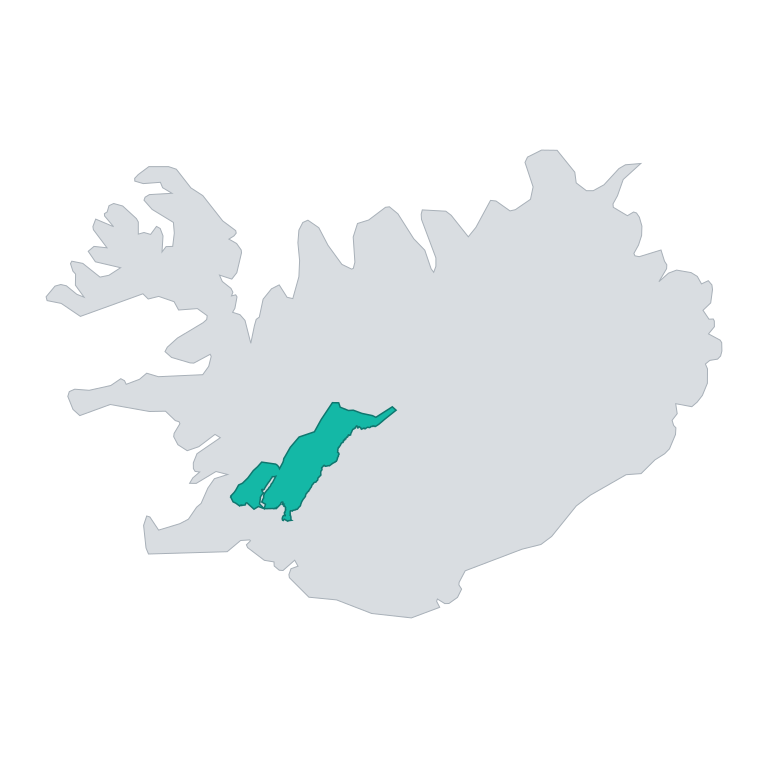 location of Bláskógabyggð, Suðurland, Iceland
{"feature_id": "244011B85102906551816", "entity_name": "Bláskógabyggð", "entity_type": "district", "adm_level": 2, "iso_a3": "ISL", "parent_name": "Iceland", "parent_adm1": "Suðurland", "projection": "albers", "projection_center": [-20.271, 64.468], "detail": "fine", "context": "in_parent", "style": "filled", "palette": "teal", "viewbox_px": 768, "rotation_deg": 0, "n_neighbors": 0, "source": "geoboundaries", "source_scale": "gbopen_adm2", "svg_char_len": 9480}
<svg xmlns="http://www.w3.org/2000/svg" viewBox="0 0 768 768"><path d="M586.4,190.7L593.2,190.7L604.0,184.8L618.9,168.6L625.4,164.8L640.8,163.5L623.2,179.5L617.5,195.7L613.0,203.9L613.3,207.3L627.4,215.7L633.6,212.0L636.5,213.0L639.4,217.3L641.9,226.1L641.6,235.5L638.5,245.1L633.9,253.4L634.9,255.8L639.2,256.7L661.0,250.0L664.5,261.2L666.8,264.8L666.6,268.7L658.9,281.7L668.6,273.1L676.6,270.1L691.1,272.6L697.3,276.4L701.5,283.9L708.3,280.7L711.9,284.9L712.5,289.6L710.7,302.9L703.0,310.3L709.0,319.2L713.3,319.0L714.3,321.0L714.4,326.7L708.5,333.9L720.1,340.1L721.7,342.6L721.9,351.0L720.6,356.0L717.6,359.1L709.8,360.4L705.4,364.0L707.5,368.9L707.4,383.2L702.4,395.4L697.1,402.2L691.8,406.7L675.7,403.7L677.2,413.7L672.1,420.3L673.6,425.4L675.9,427.8L675.5,434.5L669.5,448.8L664.7,453.7L654.9,459.9L641.1,473.6L626.1,474.7L590.3,495.2L576.3,505.9L551.7,536.4L540.9,544.5L522.0,549.2L465.2,570.8L459.1,582.4L458.9,584.9L461.6,589.1L457.5,597.4L448.9,603.5L444.8,603.6L437.4,599.0L436.6,601.3L439.7,607.3L411.4,617.9L371.7,613.5L336.6,599.9L308.9,597.2L289.4,577.7L288.9,574.6L291.0,568.7L298.0,566.2L294.7,560.2L283.0,570.5L279.2,570.2L274.2,566.0L274.0,561.9L264.3,560.3L247.6,547.6L246.4,544.8L250.5,540.8L249.7,539.9L240.6,540.5L227.2,551.7L148.5,554.0L146.0,547.9L143.6,525.4L146.7,516.0L149.9,517.0L158.6,530.1L179.8,523.7L188.4,519.2L196.6,507.2L201.1,503.4L207.9,488.0L214.4,478.7L227.7,474.5L216.0,471.5L196.2,483.4L189.6,483.3L192.8,477.9L199.7,472.0L195.1,471.4L193.4,468.6L193.3,462.9L197.0,453.7L220.3,437.7L215.0,434.4L198.8,446.7L187.2,450.7L177.9,444.7L173.7,436.7L174.1,433.4L179.9,423.7L179.0,421.7L175.3,420.6L165.5,411.2L149.5,411.5L110.2,404.5L79.8,415.6L73.0,409.4L67.8,396.4L69.3,391.6L74.7,389.2L89.2,390.3L110.8,385.5L120.8,378.7L124.5,380.7L126.2,384.3L139.5,379.3L146.7,373.2L158.4,376.7L202.7,374.7L208.7,366.4L211.2,356.4L210.2,354.3L193.8,363.1L190.1,362.9L171.5,357.4L165.0,351.6L167.3,347.2L177.5,338.0L203.1,322.7L206.7,319.5L207.2,315.7L197.4,308.6L178.6,310.0L174.1,301.7L158.7,296.4L148.2,299.0L142.9,293.8L80.4,316.4L61.2,303.4L47.1,300.6L46.1,296.8L55.0,286.1L60.8,284.5L66.4,285.8L76.8,294.3L84.1,297.2L75.4,285.2L75.6,274.1L72.9,271.1L70.5,263.6L71.8,261.2L82.8,263.4L100.0,277.1L108.9,275.3L120.6,267.7L95.4,261.8L88.2,251.3L94.0,246.4L107.0,247.8L93.4,229.7L92.9,226.6L95.7,219.1L113.6,226.7L104.6,216.0L104.4,213.7L107.2,211.9L109.0,205.7L113.7,203.5L122.7,206.0L136.4,218.6L138.3,222.0L138.3,234.1L144.0,232.5L150.6,234.4L156.5,226.4L160.2,228.5L163.0,235.9L162.0,252.0L166.1,246.6L172.7,246.4L174.3,233.1L173.4,222.4L152.1,209.4L144.0,200.2L145.1,197.2L149.4,194.6L172.0,193.3L162.6,187.7L160.4,182.3L143.3,183.6L134.8,181.1L134.7,178.3L138.3,174.5L148.9,166.6L168.5,166.6L176.3,169.2L190.9,187.9L202.8,195.6L222.7,220.9L235.7,230.6L236.2,233.1L234.0,235.9L228.9,239.1L236.6,243.5L241.2,250.0L241.5,252.8L236.8,272.7L231.8,279.1L219.5,275.1L222.3,281.5L231.0,288.4L232.9,292.2L231.5,295.9L235.7,294.8L237.0,296.9L234.9,308.3L232.6,312.3L240.0,314.7L245.0,320.4L250.8,343.3L254.4,325.8L256.2,319.4L259.3,317.1L263.1,299.2L271.5,288.8L279.2,284.9L287.1,297.3L292.8,298.6L298.9,276.7L299.6,260.6L297.9,242.8L298.9,230.1L302.8,222.5L307.9,220.2L318.8,227.7L328.0,245.3L341.9,264.4L351.6,269.1L353.3,268.4L354.9,262.2L353.2,237.0L357.5,223.5L368.7,220.0L385.5,207.3L389.4,206.8L397.9,213.8L413.7,238.7L424.8,250.2L431.1,268.8L433.7,272.3L435.9,266.3L435.9,257.9L421.5,219.4L421.2,214.2L422.3,209.9L445.8,211.2L451.2,215.3L468.3,236.8L475.9,227.4L490.5,200.4L496.0,201.0L510.0,210.9L515.3,209.7L530.5,199.3L533.1,186.9L525.0,162.4L527.5,157.1L541.5,150.1L557.1,150.3L574.8,172.2L576.2,182.9L586.4,190.7Z" fill="#d9dde1" stroke="#a8b0b8" stroke-width="1"/><path d="M231.0,497.7L233.1,501.9L235.5,503.0L239.7,506.0L240.5,505.2L240.9,505.1L241.0,505.1L241.1,505.3L241.4,505.2L241.8,505.5L242.0,505.2L242.1,505.3L245.1,505.0L245.4,504.8L245.5,504.6L245.5,504.1L245.5,503.8L245.7,503.4L246.3,502.9L247.0,502.9L254.0,509.2L258.4,506.5L264.2,508.7L273.3,508.5L273.9,508.8L274.6,508.4L275.0,508.6L275.2,508.3L275.2,508.2L275.8,508.2L276.0,508.0L276.0,508.5L276.3,508.6L280.3,504.5L280.6,504.0L280.8,503.3L281.2,502.6L281.8,502.1L282.1,502.0L282.8,502.1L282.8,502.4L282.9,502.7L283.1,503.1L283.1,503.3L282.6,503.6L282.6,503.9L283.0,504.4L282.6,504.6L282.8,504.7L283.1,504.7L283.8,504.5L283.5,505.0L284.1,505.5L284.1,505.9L284.0,506.1L284.0,506.3L284.9,506.3L285.0,506.4L285.3,507.1L285.5,507.4L285.4,507.7L285.6,507.9L285.5,508.1L285.5,508.6L285.4,509.1L285.6,509.4L285.5,509.8L285.7,510.0L285.4,510.5L285.3,510.9L284.9,511.6L285.1,512.1L284.9,512.5L284.4,512.6L284.3,512.8L284.6,514.4L284.8,514.7L285.2,515.0L285.3,515.1L285.2,515.7L285.1,515.8L284.3,515.4L284.0,515.4L283.5,515.6L283.1,516.0L282.8,516.7L282.6,517.0L282.3,518.2L282.2,518.7L282.4,519.8L282.6,520.2L283.2,520.5L284.1,519.3L284.5,519.2L285.3,519.8L287.8,521.2L288.1,520.8L288.5,520.7L291.6,520.3L291.3,520.1L291.0,519.5L290.9,519.2L290.9,518.5L291.0,518.0L290.8,517.1L290.8,516.5L290.7,516.0L290.6,515.8L290.1,515.4L290.0,515.2L290.3,514.4L290.3,514.2L290.2,513.5L290.1,513.1L290.2,511.5L290.4,510.9L290.8,510.7L292.3,511.1L292.5,511.0L292.7,510.5L293.2,510.3L295.2,509.9L295.6,509.8L295.8,509.4L296.1,509.3L296.9,509.4L297.2,509.3L298.0,508.5L298.6,507.5L300.0,506.3L300.5,505.4L300.7,504.9L300.9,503.7L301.4,502.8L301.6,501.9L301.9,501.4L302.0,501.3L302.5,500.4L303.1,499.4L304.8,497.3L305.5,496.2L305.5,495.5L305.8,494.6L305.9,494.2L306.0,494.0L306.3,493.7L306.4,493.4L307.0,493.0L307.2,492.4L307.5,492.0L308.0,491.6L308.4,491.5L308.6,491.4L308.6,490.8L308.7,490.6L309.5,489.8L310.0,488.9L310.3,488.4L310.7,487.8L311.1,487.3L311.2,487.2L311.6,486.4L311.6,486.0L311.7,485.7L312.0,485.2L312.4,484.6L312.9,484.2L313.5,483.4L313.6,483.0L314.3,482.5L315.1,482.2L315.7,482.2L316.2,481.8L316.9,480.7L317.4,480.4L317.8,479.8L317.8,479.7L317.8,479.2L317.8,478.8L317.9,478.2L318.1,478.0L318.3,477.7L318.9,477.3L319.3,476.4L319.8,476.2L320.6,475.5L320.8,475.2L320.9,474.9L320.8,474.7L320.8,473.8L320.7,473.0L320.8,471.6L321.1,470.9L321.3,470.6L321.5,470.5L321.9,469.8L322.0,469.2L322.0,468.9L321.6,468.2L321.7,467.6L322.2,467.3L323.3,466.1L323.4,465.7L323.8,465.4L324.2,465.3L324.9,465.7L325.0,465.9L325.0,466.2L325.3,466.3L327.2,466.0L327.8,465.7L329.0,465.7L329.3,465.8L329.6,465.7L330.4,465.0L331.2,464.5L331.7,463.9L332.2,463.8L332.5,463.3L333.0,463.2L333.7,462.8L334.5,462.3L334.8,462.3L335.1,461.9L335.5,461.8L335.7,461.4L336.3,461.3L336.7,460.6L337.2,459.4L337.2,458.9L337.5,458.5L337.4,457.8L337.6,457.4L337.9,457.1L338.4,456.3L338.4,455.9L338.3,455.4L339.0,454.5L338.9,454.3L338.8,454.0L338.9,453.7L338.9,453.3L338.3,452.7L337.9,452.6L337.6,452.4L337.7,451.9L337.7,451.2L337.9,450.7L337.7,449.9L337.7,449.7L337.8,449.3L338.1,448.8L338.3,447.7L338.6,447.5L339.0,447.4L339.1,447.1L339.1,446.7L340.0,445.9L340.4,445.3L340.7,444.4L341.1,443.9L341.2,443.4L341.9,442.8L342.9,442.5L343.1,442.3L343.0,441.8L343.3,441.4L343.3,441.1L343.7,440.9L343.6,440.6L343.6,440.3L344.1,440.3L344.4,439.9L344.8,439.9L344.9,439.7L344.7,439.3L344.8,439.1L345.1,438.9L345.6,438.9L345.5,438.4L346.4,437.9L347.0,436.9L347.4,437.1L347.6,437.0L348.0,436.3L348.0,435.8L348.2,435.6L348.2,435.2L348.3,435.0L348.8,434.8L349.1,435.0L349.3,435.3L349.5,435.4L350.6,434.9L350.6,434.4L350.8,433.9L350.9,433.4L351.4,432.3L351.7,431.9L351.8,431.6L351.8,431.2L352.1,430.8L352.6,429.7L353.2,429.1L353.7,429.1L354.1,428.8L354.3,428.5L354.3,428.3L354.4,428.2L354.6,428.1L355.0,428.2L355.3,428.0L355.4,427.5L355.6,427.3L355.6,427.1L356.0,426.7L356.4,426.0L356.6,425.9L356.9,425.9L357.0,426.0L357.0,426.5L357.5,427.0L357.6,427.4L357.6,427.8L357.9,428.0L358.3,427.6L358.5,427.0L358.9,426.7L359.3,426.7L359.5,426.8L359.7,427.2L360.4,427.6L360.9,428.2L361.2,428.3L361.0,428.7L361.0,428.8L361.5,429.2L361.8,428.9L362.0,429.0L362.3,428.8L362.8,428.7L363.5,428.2L363.9,428.4L364.3,428.2L364.6,428.4L364.8,428.8L365.3,428.8L366.5,427.8L367.5,427.3L368.0,427.2L368.8,427.5L369.7,427.6L370.4,427.2L370.7,426.9L370.7,426.6L370.8,426.6L371.5,426.4L372.0,426.5L372.4,426.1L372.6,426.0L373.1,426.4L373.3,426.3L373.7,425.9L373.8,425.8L374.1,425.9L374.6,426.4L375.0,426.5L375.6,426.2L375.7,426.3L378.8,424.3L384.4,419.5L396.1,410.2L392.3,406.8L375.9,417.3L372.4,415.6L361.9,413.4L353.3,410.2L348.4,410.5L340.2,407.2L338.7,402.8L332.4,402.7L321.2,419.5L314.4,431.8L299.1,437.0L290.3,447.3L284.6,457.3L283.9,458.3L283.6,459.5L283.5,460.7L283.3,461.1L282.9,462.4L279.5,468.7L278.9,467.3L278.0,466.0L276.9,464.9L275.6,464.1L261.7,462.1L257.6,466.7L253.3,470.6L247.9,477.9L246.9,478.9L242.5,483.2L238.6,485.0L235.8,490.1L234.2,492.4L230.8,496.0L231.1,496.5L230.6,497.1L230.8,497.3L230.9,497.5L231.0,497.7ZM264.2,508.7L259.5,503.9L260.4,498.2L260.3,497.3L261.1,495.8L262.3,494.1L263.5,492.9L262.3,491.7L261.7,489.7L261.9,489.5L262.5,489.4L262.6,489.5L262.5,489.9L262.9,490.1L264.4,489.1L264.6,488.3L266.4,485.4L266.9,484.8L267.2,484.2L268.1,483.0L268.4,482.3L268.7,482.0L269.1,481.8L269.4,481.4L269.7,480.8L270.3,479.9L270.7,479.1L271.3,478.3L271.8,477.8L272.3,476.6L274.1,476.7L275.8,476.3L273.2,481.3L273.0,481.8L272.5,482.6L272.2,482.9L272.0,483.3L271.3,483.9L271.2,484.4L270.7,485.2L270.5,486.0L270.4,486.2L270.1,486.6L269.2,487.3L268.7,488.1L268.3,488.9L267.3,489.8L264.3,493.7L264.2,494.5L263.7,495.1L263.6,497.5L263.7,497.9L262.9,499.2L262.7,499.4L262.7,499.7L262.5,500.5L262.2,500.7L262.1,501.0L262.3,501.2L262.3,501.4L262.1,501.5L262.0,501.8L261.7,502.0L265.5,504.2L264.2,508.7Z" fill="#14b8a6" stroke="#0f766e" stroke-width="1.5"/></svg>